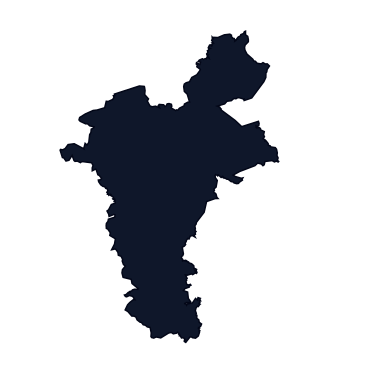 outline of Pajan, Manabi, Ecuador, rotated 342°
{"feature_id": "8360857B88388288506249", "entity_name": "Pajan", "entity_type": "district", "adm_level": 2, "iso_a3": "ECU", "parent_name": "Ecuador", "parent_adm1": "Manabi", "projection": "orthographic", "projection_center": [-80.353, -1.699], "detail": "fine", "context": "isolated", "style": "filled", "palette": "ink", "viewbox_px": 384, "rotation_deg": 342, "n_neighbors": 0, "source": "geoboundaries", "source_scale": "gbopen_adm2", "svg_char_len": 6023}
<svg xmlns="http://www.w3.org/2000/svg" viewBox="0 0 384 384"><g transform="rotate(342 192 192)"><path d="M174.7,74.9L148.5,74.9L148.4,76.4L147.0,76.1L147.1,77.8L145.1,79.5L140.3,80.0L138.5,79.2L135.0,84.9L127.0,84.7L123.2,83.9L114.7,84.8L108.2,86.4L106.8,88.5L107.5,90.2L111.9,94.3L113.7,94.8L115.2,97.5L119.0,99.7L118.2,100.7L115.6,101.1L114.3,104.1L112.4,105.8L109.2,112.9L106.7,114.9L105.4,112.7L102.9,116.6L102.2,116.7L102.3,117.3L94.9,109.7L88.8,108.6L84.8,111.5L82.1,111.9L80.1,110.9L79.5,111.5L79.4,119.2L80.6,119.9L81.7,123.6L84.8,123.8L89.3,120.1L89.5,125.6L90.2,126.7L92.5,127.2L95.0,129.6L96.1,129.1L97.6,129.4L105.6,133.2L106.1,136.3L104.6,138.1L103.7,141.0L107.5,140.4L107.8,140.9L107.8,146.5L108.9,147.6L110.2,150.9L108.9,152.1L106.6,151.7L106.4,153.4L107.4,156.9L109.0,159.1L110.6,160.0L111.1,161.9L112.0,162.0L112.5,164.7L110.9,166.0L111.5,167.3L110.9,168.0L112.0,168.6L111.9,169.4L113.6,169.1L113.5,170.0L114.3,169.8L114.5,171.4L115.7,172.8L115.5,173.7L114.5,174.0L114.9,174.8L116.3,174.8L116.3,175.8L115.1,176.9L116.0,177.2L115.6,178.8L111.4,179.0L107.1,183.2L105.3,183.8L105.9,187.3L105.6,189.6L110.8,189.2L111.8,190.0L110.7,192.1L104.1,192.0L103.0,194.0L100.9,195.4L100.0,197.4L99.3,200.2L100.4,201.1L101.7,205.5L100.4,207.9L104.7,212.8L102.2,217.6L97.7,222.1L101.1,222.4L101.9,223.1L102.9,226.5L102.4,229.4L104.7,231.2L105.2,234.7L104.3,236.1L104.4,239.8L105.7,241.9L101.9,244.3L100.4,247.3L100.1,251.9L107.2,256.3L106.7,260.5L111.1,267.4L110.5,267.9L107.3,266.7L105.1,266.7L104.1,267.5L102.1,267.4L102.0,268.4L100.8,267.8L100.4,268.6L99.9,268.0L97.8,269.1L95.9,269.1L96.4,270.8L97.5,271.5L100.5,271.1L103.3,272.9L104.4,276.8L103.1,276.2L98.6,277.9L95.9,279.4L92.0,283.5L94.1,285.9L96.4,291.4L98.5,292.1L100.0,293.6L100.3,296.7L102.4,299.8L103.6,300.4L104.6,303.2L106.5,304.3L107.8,306.5L110.3,307.9L109.7,313.4L108.3,316.8L108.6,317.9L110.5,319.1L113.1,318.8L117.2,321.1L126.2,318.9L128.9,319.2L130.4,321.1L134.0,321.5L134.8,320.9L136.0,322.4L135.4,323.1L136.1,323.9L135.5,324.8L136.4,325.3L136.9,327.6L138.5,327.8L139.7,329.4L138.9,330.8L139.7,330.9L138.6,331.9L139.6,333.1L145.2,329.3L146.7,329.6L147.4,330.7L150.2,332.1L153.5,330.9L155.8,327.7L155.8,326.6L156.6,326.4L155.9,324.0L156.6,323.9L156.5,323.2L157.3,323.5L157.3,322.7L158.8,322.3L160.3,320.5L158.6,318.2L158.9,315.6L157.5,313.6L158.5,310.8L157.6,310.1L158.6,308.8L158.5,305.9L160.0,303.5L162.3,302.1L162.7,302.8L164.3,301.6L164.2,300.9L164.9,301.0L164.4,299.9L165.4,299.5L165.4,297.6L166.5,298.1L166.3,296.1L167.0,295.7L165.1,294.3L163.7,296.4L162.5,294.3L158.2,297.6L152.6,297.1L151.9,298.0L151.4,296.2L150.0,295.9L152.4,295.3L156.0,296.6L156.8,296.0L155.6,292.1L156.9,285.8L153.3,283.1L155.5,281.7L159.9,281.6L160.1,280.7L162.2,280.3L161.9,279.3L160.2,279.4L158.5,278.5L158.5,275.2L159.7,274.3L159.7,272.9L160.7,272.6L160.1,268.9L161.9,269.7L166.2,269.7L167.1,270.8L170.1,270.0L171.1,270.8L171.9,270.0L171.7,268.7L171.0,269.0L170.5,268.0L171.8,267.9L172.4,267.1L170.7,265.9L171.2,265.8L170.4,265.1L170.9,262.6L169.4,260.0L167.3,258.6L167.1,257.4L166.2,257.3L165.7,255.7L164.9,256.0L164.4,254.8L163.2,255.1L162.6,254.2L161.8,254.5L162.2,252.8L161.5,251.7L162.2,250.1L163.5,249.7L164.7,248.2L165.7,241.5L168.0,241.1L169.7,240.0L169.6,238.7L170.2,237.7L171.1,237.5L171.3,236.6L173.6,234.9L174.6,235.8L176.7,233.4L179.0,233.6L181.0,235.8L180.6,233.5L182.2,233.3L182.5,231.3L183.6,230.9L182.9,229.0L183.8,228.2L184.3,224.9L185.8,224.0L186.9,222.2L197.3,215.0L202.9,205.6L211.9,205.4L214.7,206.2L214.0,204.7L214.2,201.3L213.5,200.0L212.8,199.8L212.8,198.2L213.9,197.2L213.6,196.0L216.4,194.8L219.6,188.8L218.6,185.5L219.1,183.3L220.0,182.7L220.8,183.7L221.8,183.7L221.5,184.5L222.7,184.4L224.1,187.0L224.8,186.7L225.1,187.4L226.1,186.7L226.7,188.8L227.4,188.7L229.2,190.7L230.3,191.0L232.3,194.1L234.6,195.4L234.7,196.3L237.1,197.9L239.0,198.2L239.5,197.5L243.6,196.3L243.5,195.4L244.7,194.3L243.2,194.2L238.0,190.7L236.3,188.6L243.8,187.2L260.0,186.4L263.4,184.8L266.6,186.8L267.6,188.9L269.1,188.4L270.8,185.5L277.9,186.9L279.7,188.9L281.7,188.7L283.2,190.1L283.9,189.7L283.0,188.2L284.4,186.2L284.1,183.4L285.2,181.2L285.6,177.4L284.9,175.5L280.9,173.5L280.7,172.4L279.0,170.9L279.4,169.4L278.4,166.7L278.1,166.0L277.3,166.1L277.6,165.0L276.0,163.3L278.0,161.8L277.7,159.8L279.4,156.9L276.5,154.2L276.7,152.7L275.8,151.5L273.4,151.1L272.8,149.9L273.3,148.7L274.6,149.9L276.0,149.5L277.0,147.5L277.0,145.3L259.5,145.2L255.1,137.2L244.9,122.8L245.4,122.1L244.8,121.7L244.7,120.0L242.5,118.1L250.3,118.3L253.3,116.5L257.6,117.3L260.7,116.0L262.6,116.9L264.7,116.4L266.3,117.1L269.4,119.2L269.7,120.2L270.3,120.0L270.0,121.1L277.9,121.0L294.4,109.3L297.6,105.9L299.1,101.6L300.2,100.9L301.3,98.7L304.6,96.1L303.2,93.4L301.3,92.9L299.5,90.9L297.4,91.5L293.7,89.7L292.7,87.3L291.3,86.5L290.8,84.4L286.9,77.8L286.2,73.5L286.6,70.9L287.9,68.7L292.0,66.5L292.7,64.5L293.1,61.2L291.5,59.0L292.6,55.6L291.4,55.7L290.0,57.2L287.1,57.4L286.3,58.5L283.8,58.9L282.0,60.1L282.3,60.6L280.5,60.8L280.6,61.4L279.5,61.7L280.1,60.8L279.5,60.5L279.6,59.1L278.0,58.4L278.2,57.5L277.3,56.4L278.0,55.1L276.8,53.6L271.3,52.5L264.4,53.1L260.4,51.6L259.8,52.5L259.1,50.9L258.6,52.8L257.6,53.8L258.4,57.0L257.1,56.5L257.4,57.5L256.0,58.1L256.4,58.7L255.9,59.3L254.9,57.7L254.1,57.7L252.1,59.8L253.5,61.1L252.1,60.9L252.0,62.0L250.3,62.4L250.4,64.1L248.6,65.2L248.6,66.1L249.8,66.6L248.7,67.3L249.6,68.7L249.6,70.1L248.1,68.3L246.7,69.8L245.8,69.2L244.1,69.6L243.1,68.5L239.7,68.8L238.2,69.8L240.3,71.2L238.9,73.1L236.3,70.4L235.6,71.6L236.4,72.7L235.3,74.4L237.8,78.0L237.2,78.8L232.8,82.0L227.2,83.0L223.7,86.4L220.2,86.3L218.0,87.0L216.7,89.1L215.8,94.0L217.7,97.5L217.5,105.7L215.8,105.3L212.0,106.0L211.1,107.6L206.0,108.4L203.7,109.8L202.6,109.1L201.6,109.5L198.1,105.5L199.3,104.2L199.5,102.2L197.5,100.8L195.6,100.5L194.3,101.9L192.7,102.4L192.0,100.3L187.9,98.6L186.6,99.4L187.1,101.8L183.8,99.1L180.4,98.6L178.6,97.1L177.6,91.7L179.4,90.0L177.1,84.7L178.7,81.0L179.3,77.4L179.2,76.8L174.7,74.9Z" fill="#0f172a" stroke="#020617" stroke-width="1.5"/></g></svg>